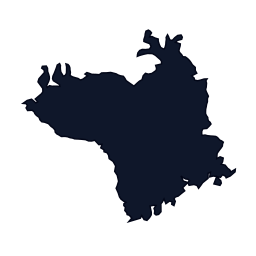 outline of Três de Maio, Rio Grande do Sul, Brazil, rotated 262°
{"feature_id": "56859067B28717369395740", "entity_name": "Três de Maio", "entity_type": "district", "adm_level": 2, "iso_a3": "BRA", "parent_name": "Brazil", "parent_adm1": "Rio Grande do Sul", "projection": "equal_earth", "projection_center": [-54.244, -27.716], "detail": "fine", "context": "isolated", "style": "filled", "palette": "ink", "viewbox_px": 256, "rotation_deg": 262, "n_neighbors": 0, "source": "geoboundaries", "source_scale": "gbopen_adm2", "svg_char_len": 4179}
<svg xmlns="http://www.w3.org/2000/svg" viewBox="0 0 256 256"><g transform="rotate(262 128 128)"><path d="M211.9,170.3L213.4,167.1L215.3,164.4L215.2,162.0L216.9,162.8L218.9,164.5L220.7,163.5L222.1,161.8L221.4,159.3L218.9,158.2L216.5,157.6L213.5,156.1L211.5,155.8L210.0,158.4L208.5,161.3L205.5,162.2L203.1,160.3L203.2,156.2L203.8,153.0L203.1,150.4L201.2,148.4L199.6,147.7L197.7,147.2L198.3,149.6L198.9,154.1L199.1,157.7L198.7,160.2L198.3,162.5L196.1,165.4L193.4,167.7L191.1,169.7L189.3,170.5L186.7,170.1L186.2,164.1L183.3,164.6L181.1,163.9L178.7,159.3L178.5,155.6L179.7,152.9L177.7,150.4L175.8,149.5L173.8,148.6L172.8,145.9L171.2,143.4L168.6,139.7L170.4,137.8L172.5,135.5L175.2,132.7L177.6,131.8L179.8,130.6L180.8,127.6L181.8,125.7L183.3,123.7L184.3,121.3L185.4,118.6L185.6,114.1L186.2,109.6L184.8,107.0L185.5,103.7L186.2,99.6L187.6,97.1L188.6,95.0L187.4,92.9L185.2,95.3L184.2,92.9L182.7,90.3L182.1,87.6L184.0,85.4L185.1,82.8L186.4,80.1L188.1,77.9L191.2,78.7L193.6,78.6L195.6,78.8L197.6,78.4L199.2,77.4L200.1,75.5L197.1,75.7L193.7,75.2L190.8,74.7L188.9,73.3L188.3,71.0L190.0,70.5L192.6,69.3L195.2,69.2L197.5,69.4L199.3,69.8L201.3,69.2L200.2,66.7L198.4,65.9L196.7,65.0L194.5,63.8L192.4,62.6L189.8,60.9L187.3,60.2L185.2,60.7L183.2,63.2L180.6,66.2L178.7,66.3L179.4,62.7L179.9,58.6L180.8,56.1L179.4,53.7L181.2,53.3L183.3,54.6L185.6,56.1L187.5,56.9L189.6,57.2L192.2,56.9L195.0,56.3L196.7,56.4L198.4,56.6L200.7,55.7L201.0,51.8L199.3,50.9L197.3,52.9L194.7,53.1L189.2,46.7L186.2,45.3L179.1,49.1L175.8,48.8L174.0,47.2L169.6,40.2L166.5,42.3L165.7,40.2L169.9,36.5L169.3,32.0L167.0,27.5L166.3,30.5L164.0,31.5L162.1,29.9L159.3,31.0L158.9,35.6L156.9,37.4L155.2,37.8L153.2,39.1L151.0,41.4L148.3,42.0L146.2,43.5L145.4,46.2L143.4,49.9L140.5,51.9L138.3,54.1L136.2,55.4L134.0,55.4L132.1,56.7L130.7,58.7L128.9,60.8L128.5,64.4L127.8,66.9L126.5,69.3L125.8,71.6L124.7,73.7L124.1,76.9L123.5,79.8L122.4,84.3L120.7,87.2L120.2,90.2L120.5,93.4L115.6,96.8L115.5,99.9L113.7,99.2L112.1,98.3L109.9,101.1L107.8,101.0L106.5,103.8L103.8,105.0L100.3,105.1L97.0,108.6L92.1,110.5L86.9,108.8L82.7,110.8L76.6,111.3L72.1,109.2L70.0,107.9L65.2,109.3L61.0,110.0L58.5,111.2L56.0,113.7L54.7,115.6L53.5,113.4L51.7,113.1L50.1,114.4L46.7,113.4L44.3,115.0L42.4,115.1L41.4,117.2L38.2,119.2L35.2,115.8L37.0,127.7L39.4,129.4L35.1,131.2L33.9,133.9L36.2,136.8L38.8,138.9L41.4,139.3L47.7,138.9L47.9,142.4L47.4,145.0L44.7,142.6L42.4,143.0L39.5,142.3L38.0,143.7L38.2,146.3L40.5,149.0L48.4,150.0L49.8,151.6L52.8,153.8L47.8,155.0L49.9,159.0L48.7,161.4L46.4,160.7L44.8,162.7L48.8,164.6L51.5,163.7L53.1,165.2L53.6,168.2L55.5,171.3L57.9,175.4L61.2,173.7L65.7,179.7L62.8,180.5L62.9,185.5L61.5,188.4L58.5,189.5L61.2,192.2L63.4,194.2L67.0,200.2L72.0,201.0L72.7,203.5L68.2,202.1L68.6,205.8L67.6,209.1L66.3,212.7L68.6,215.2L66.7,217.8L65.0,218.3L66.3,222.6L69.7,227.9L72.2,228.5L70.2,223.7L72.5,222.9L74.0,221.2L77.7,219.0L79.2,215.1L81.3,216.9L85.0,218.1L86.6,215.2L85.3,211.6L88.2,212.2L90.4,212.7L91.8,213.9L93.5,215.5L95.1,217.2L97.0,218.9L99.0,219.4L100.7,220.4L102.1,219.0L103.3,217.1L106.1,215.3L107.4,213.7L108.0,211.3L108.5,208.8L109.3,205.7L110.3,203.3L110.3,200.3L112.5,200.2L114.9,200.7L116.8,202.1L116.6,206.0L118.7,208.8L120.4,210.7L122.2,210.1L123.7,208.7L125.6,208.3L127.4,208.4L129.3,207.4L131.3,206.8L133.1,207.0L135.8,207.5L138.2,208.4L140.5,209.1L143.0,210.3L146.1,210.7L148.3,212.0L150.9,211.2L153.6,210.4L155.5,210.2L157.5,211.1L161.5,212.0L164.0,211.7L165.6,213.1L165.9,210.2L165.3,206.3L165.1,203.5L166.1,200.6L168.3,200.4L170.8,198.3L172.7,203.7L175.6,202.6L178.7,203.0L181.6,200.5L184.2,199.4L186.4,198.2L188.4,196.7L190.4,194.7L190.9,192.2L193.2,191.3L195.3,189.8L197.1,189.1L199.1,189.7L202.0,191.0L204.0,191.5L205.0,189.5L206.3,186.9L207.9,189.3L208.4,193.5L210.4,194.4L212.7,193.5L212.7,190.1L210.9,186.9L208.6,184.1L209.2,181.8L211.1,181.2L213.0,180.8L214.8,180.1L212.4,178.4L210.4,178.3L208.0,177.6L205.5,177.1L202.5,175.9L201.0,174.5L203.1,171.6L206.1,170.6L207.9,170.3L210.0,170.0L211.9,170.3ZM65.7,179.7L67.7,175.4L73.1,173.8L71.2,175.7L69.5,178.0L68.9,180.3L67.2,181.5L65.7,179.7ZM67.6,209.1L60.7,205.3L58.4,211.1L60.4,212.7L62.8,212.5L67.6,209.1Z" fill="#0f172a" stroke="#020617" stroke-width="1.5"/></g></svg>